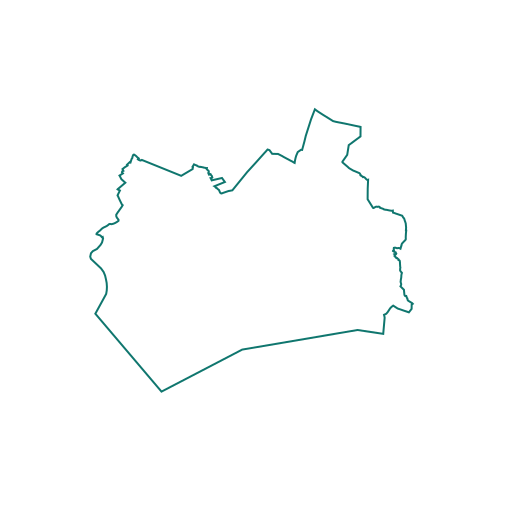 Hole nor, Buskerud, Norway (Albers equal-area conic projection), rotated 303°
{"feature_id": "86288312B40631627404098", "entity_name": "Hole nor", "entity_type": "district", "adm_level": 2, "iso_a3": "NOR", "parent_name": "Norway", "parent_adm1": "Buskerud", "projection": "albers", "projection_center": [10.375, 60.042], "detail": "fine", "context": "isolated", "style": "outline", "palette": "teal", "viewbox_px": 512, "rotation_deg": 303, "n_neighbors": 0, "source": "geoboundaries", "source_scale": "gbopen_adm2", "svg_char_len": 5668}
<svg xmlns="http://www.w3.org/2000/svg" viewBox="0 0 512 512"><g transform="rotate(303 256 256)"><path d="M249.2,381.4L260.0,405.1L273.4,398.0L274.3,397.5L275.0,396.9L276.4,395.4L278.5,396.7L280.8,397.0L284.8,397.0L285.2,397.0L287.2,397.4L289.1,398.1L289.1,403.4L292.0,414.9L296.4,415.3L300.1,413.0L301.3,413.5L301.5,412.7L301.4,408.0L301.5,407.6L301.8,407.0L302.1,406.8L302.2,406.7L302.4,406.4L302.7,406.2L302.9,406.0L303.0,405.4L304.3,403.8L304.1,403.6L303.7,402.8L303.9,402.2L304.2,401.8L304.3,401.6L308.3,398.4L308.3,398.2L309.2,393.7L310.6,393.5L311.5,393.1L313.1,391.3L313.9,391.0L314.7,390.5L316.2,389.9L317.5,389.3L318.8,388.5L320.4,387.8L321.3,387.6L321.5,387.1L321.7,386.2L321.8,385.8L322.3,384.9L322.4,384.7L324.1,383.7L324.9,383.4L325.2,383.1L325.5,382.8L328.3,380.7L328.8,380.4L330.0,379.4L330.3,379.1L330.4,378.6L330.4,378.3L330.4,378.1L330.3,377.9L330.6,377.8L330.7,377.6L330.8,377.5L330.8,377.0L330.9,376.7L331.0,376.2L331.0,375.8L331.1,375.6L330.8,375.3L330.7,375.1L330.7,374.8L330.7,374.7L331.2,373.8L331.2,373.6L331.1,373.3L331.5,372.7L331.5,372.3L331.5,372.2L331.8,372.2L332.0,372.0L332.3,372.0L332.8,372.0L333.0,372.1L333.0,371.9L333.1,372.0L333.4,371.9L333.5,371.9L333.5,371.7L333.6,371.8L333.8,371.8L334.3,372.0L334.5,372.1L334.7,371.7L334.9,371.3L335.0,371.3L335.1,371.2L335.0,370.9L334.9,370.8L334.9,370.7L335.0,370.2L335.0,369.9L334.8,369.5L334.8,369.4L334.8,369.1L334.8,368.7L334.8,368.2L335.1,368.1L335.3,368.2L335.6,368.5L335.8,368.6L335.9,368.4L336.2,368.3L336.5,368.0L337.0,367.6L337.3,367.5L337.7,367.5L337.9,367.4L338.0,367.3L338.7,368.0L339.0,368.8L339.2,369.7L339.4,370.1L339.8,370.6L340.6,371.5L340.7,372.0L340.8,373.2L342.2,372.8L342.9,372.5L343.8,372.4L343.9,372.2L344.2,372.1L345.6,371.7L346.2,371.7L346.7,371.8L349.0,372.2L349.8,372.4L351.3,372.6L351.7,372.4L352.4,372.0L353.2,371.4L353.9,371.0L356.3,369.6L359.2,368.1L359.1,367.8L361.6,366.4L364.4,364.2L364.8,363.9L366.3,362.1L366.5,361.7L367.5,360.6L368.2,359.7L368.4,358.6L369.4,356.7L368.0,351.1L367.8,350.5L367.5,349.0L367.0,347.3L368.3,346.2L368.6,346.0L368.1,345.5L367.9,345.3L367.0,343.4L366.3,341.6L365.9,340.5L365.4,339.5L365.2,339.2L365.0,338.6L364.8,337.8L364.7,337.6L364.8,337.3L364.8,336.9L364.7,336.5L364.0,333.8L364.0,333.5L364.4,333.1L364.5,332.9L364.4,332.5L364.2,332.0L364.1,331.8L363.3,331.0L363.1,330.4L362.8,329.9L362.1,329.4L360.5,328.6L360.3,328.5L360.2,328.4L360.1,327.9L364.4,318.7L373.5,312.9L381.0,308.5L380.5,308.1L380.4,307.8L380.4,307.4L380.5,306.5L381.0,304.7L380.9,303.1L380.8,302.9L380.6,302.9L380.4,302.7L380.6,302.3L380.6,301.7L380.6,301.3L380.7,301.1L380.7,300.8L380.7,300.6L380.7,300.4L380.5,300.1L380.5,299.8L380.6,299.6L381.0,299.6L381.3,299.0L381.4,298.7L381.7,298.2L381.8,297.8L381.8,297.6L380.8,291.9L380.6,291.3L380.4,286.9L380.4,286.0L380.7,284.5L381.6,277.7L381.8,277.3L382.2,277.1L390.5,277.4L399.5,273.4L413.2,278.5L421.2,273.4L415.0,257.2L414.7,256.6L414.5,256.0L413.7,254.0L413.5,253.6L412.0,249.8L411.1,247.1L411.1,244.7L410.9,235.1L410.9,228.7L411.1,225.5L400.7,227.7L383.9,232.3L378.5,234.2L370.1,236.9L369.6,235.9L365.9,234.4L362.0,235.1L360.0,235.7L357.3,236.7L355.1,237.7L355.0,237.0L355.0,235.1L354.7,232.3L354.7,232.0L354.6,230.7L354.5,229.5L354.4,228.7L354.3,227.2L354.1,225.0L354.1,223.7L354.0,223.0L353.8,220.8L353.7,220.0L353.6,218.9L352.7,217.5L352.4,217.0L350.5,213.9L352.1,209.7L351.9,208.8L351.6,207.7L348.2,207.2L347.8,207.1L347.2,207.0L334.3,205.0L323.4,203.2L321.7,202.9L316.0,202.3L298.2,200.4L295.8,197.9L295.7,197.7L291.6,194.5L291.1,194.1L290.1,193.4L289.5,192.8L289.6,192.2L289.5,191.9L289.6,191.4L289.9,190.9L290.8,189.6L291.2,189.0L291.3,187.6L291.5,186.3L291.7,185.9L291.4,185.5L291.9,183.7L291.9,183.2L295.4,185.6L301.1,189.6L302.9,185.0L296.1,178.4L295.3,177.7L296.1,176.4L296.6,175.5L297.4,176.3L297.8,176.6L298.1,176.6L298.2,176.4L299.1,175.3L299.2,175.1L299.3,174.4L299.9,173.3L299.0,172.7L298.6,172.3L299.4,171.1L299.8,171.4L300.2,170.7L300.5,170.7L301.3,170.3L301.4,170.2L301.6,169.7L301.7,169.0L301.8,168.2L302.0,167.4L303.0,166.9L302.3,165.9L302.3,165.4L301.7,164.1L301.5,163.2L301.2,162.7L301.0,162.0L300.7,161.3L300.5,160.8L300.2,160.6L299.9,159.6L299.7,159.2L299.5,157.4L299.7,157.0L299.3,155.8L299.1,154.1L296.2,154.2L296.1,154.8L295.4,155.0L294.4,155.5L282.5,149.6L274.4,107.9L273.7,107.4L273.7,107.5L273.5,107.2L273.0,106.9L273.0,106.5L272.7,105.1L272.8,104.3L274.0,104.5L274.1,103.9L274.1,103.2L274.2,102.5L274.5,101.3L274.6,100.5L274.6,99.7L274.7,98.9L274.7,98.7L274.5,98.4L274.4,98.2L274.2,98.1L273.9,98.0L272.7,98.2L272.4,98.2L271.5,98.6L270.8,98.9L269.8,98.8L269.4,98.9L266.4,99.7L266.5,99.4L266.4,99.1L266.0,99.0L262.7,98.2L262.3,98.1L261.9,99.0L258.9,97.6L256.2,96.7L255.2,98.4L254.1,97.7L253.2,98.0L252.8,99.4L249.1,97.7L248.7,98.6L248.0,99.7L247.1,101.3L246.3,106.5L238.3,104.1L237.3,103.8L236.8,103.6L236.5,103.6L236.8,106.2L234.3,106.5L231.8,106.8L231.5,106.9L231.4,106.9L231.3,107.0L231.1,107.4L231.0,107.8L230.3,108.7L229.7,109.7L228.9,110.9L226.1,115.6L226.0,116.5L224.1,116.6L219.5,116.4L218.4,116.4L217.9,116.3L214.5,116.3L213.3,117.1L212.4,118.4L212.1,119.4L211.4,121.1L210.5,121.5L209.0,120.9L207.0,119.9L205.5,118.9L203.9,117.4L203.4,116.1L202.8,115.5L201.7,115.2L199.9,114.5L198.5,113.7L197.1,112.8L196.3,112.4L195.1,111.9L192.4,111.3L191.4,111.0L191.1,110.8L190.8,110.7L189.2,110.3L188.2,110.1L187.7,110.2L187.4,110.4L188.4,114.0L188.3,115.1L187.8,116.5L188.5,117.0L187.4,118.2L183.5,119.5L180.7,119.6L175.3,118.8L171.2,116.5L168.4,116.1L165.2,117.3L163.7,119.1L161.2,132.8L159.6,136.9L157.4,140.1L154.7,142.9L152.1,145.4L148.9,147.8L145.8,149.6L142.6,151.0L120.1,152.7L90.8,250.6L170.0,295.4L249.2,381.4Z" fill="none" stroke="#0f766e" stroke-width="2"/></g></svg>